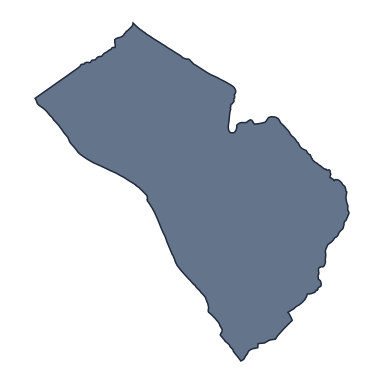 Mukomuko, Bengkulu, Indonesia
{"feature_id": "22746128B39825953538573", "entity_name": "Mukomuko", "entity_type": "district", "adm_level": 2, "iso_a3": "IDN", "parent_name": "Indonesia", "parent_adm1": "Bengkulu", "projection": "orthographic", "projection_center": [101.454, -2.731], "detail": "fine", "context": "isolated", "style": "filled", "palette": "slate", "viewbox_px": 384, "rotation_deg": 0, "n_neighbors": 0, "source": "geoboundaries", "source_scale": "gbopen_adm2", "svg_char_len": 5868}
<svg xmlns="http://www.w3.org/2000/svg" viewBox="0 0 384 384"><path d="M345.0,186.9L344.8,186.8L344.7,186.3L343.5,185.4L342.5,184.3L341.5,182.6L339.3,180.6L337.7,179.7L336.2,179.7L335.4,179.6L334.9,179.9L334.5,180.6L334.1,180.6L333.3,179.4L330.6,177.7L329.8,177.4L329.8,176.9L330.8,174.4L330.1,171.8L330.0,170.5L329.3,169.9L326.8,170.1L326.2,169.3L323.5,168.6L322.7,167.5L321.7,167.0L320.3,165.6L319.4,165.3L316.9,163.2L314.9,162.1L312.5,159.8L312.2,158.7L311.5,158.0L310.3,154.8L308.9,154.3L307.6,153.0L306.2,150.5L302.4,148.8L301.1,147.7L300.2,146.8L298.2,142.8L297.7,142.5L296.9,141.8L296.1,140.4L294.7,138.5L293.4,137.2L291.7,135.9L290.4,134.3L289.5,132.5L288.1,130.5L287.0,129.4L284.5,126.5L281.4,123.5L280.6,122.9L279.9,121.3L279.1,119.9L278.1,118.4L277.3,118.1L275.7,117.2L273.9,116.9L271.6,116.7L270.3,116.9L268.6,117.5L268.0,118.2L266.2,121.0L265.3,122.1L264.7,122.3L261.7,123.1L257.8,123.8L254.4,124.1L253.8,123.4L253.0,121.9L252.0,120.5L251.1,119.9L250.2,119.9L249.3,120.3L248.2,121.0L247.1,121.9L245.9,122.5L245.4,122.7L244.9,122.6L243.1,122.6L242.0,122.5L240.5,122.7L238.9,123.4L237.2,124.7L236.8,125.3L236.8,127.1L236.5,128.7L236.1,129.9L234.9,131.9L233.9,132.6L232.5,132.9L231.0,132.7L230.1,132.4L229.4,131.5L228.8,130.5L228.5,129.7L228.2,126.7L228.3,125.9L228.7,122.7L229.0,121.1L229.6,114.3L230.2,110.8L230.7,109.5L230.6,108.7L230.2,108.1L230.8,106.9L230.6,106.1L230.9,105.4L231.1,104.2L232.2,103.8L232.4,103.6L232.9,102.7L233.7,101.9L233.9,101.4L234.0,100.5L233.8,100.1L233.8,99.6L233.9,99.0L234.5,98.1L234.6,97.7L234.7,97.0L234.6,96.1L234.4,95.2L234.4,94.5L235.1,93.7L235.4,93.1L235.7,92.2L235.7,91.0L235.5,90.5L235.4,89.7L234.8,88.6L234.0,87.4L233.5,86.9L232.5,86.1L231.1,85.1L223.7,80.9L221.5,79.9L217.3,77.6L213.9,76.0L210.7,74.6L207.2,72.6L195.9,65.3L193.6,64.0L191.8,62.0L190.8,61.2L190.3,60.4L189.1,59.4L188.4,59.1L188.0,59.0L187.0,59.1L186.5,59.0L185.0,58.6L182.7,57.7L181.3,56.3L179.4,55.0L174.5,52.0L171.7,50.1L168.4,48.2L164.6,45.6L161.6,43.7L152.7,38.2L151.0,36.9L147.1,34.5L145.6,33.4L144.9,32.6L143.6,32.0L142.2,30.8L139.5,29.0L137.6,27.3L136.2,26.0L133.0,23.0L132.7,24.9L132.2,26.1L130.5,27.8L127.5,30.7L126.2,31.5L125.3,33.0L124.5,33.6L123.6,35.3L122.8,35.9L121.3,36.9L119.8,37.4L118.1,37.8L116.3,38.5L115.2,39.2L114.7,39.9L114.7,40.9L114.7,42.8L115.1,43.7L115.2,44.8L115.1,47.2L115.0,47.5L114.6,47.6L113.3,47.4L112.5,47.6L111.7,48.1L111.3,48.9L110.9,49.4L110.0,49.7L109.4,50.1L108.8,50.4L108.0,51.0L107.3,51.7L105.0,52.9L103.5,54.0L102.0,55.8L101.7,56.4L101.3,56.5L100.2,56.4L99.5,56.5L97.7,57.1L97.1,57.6L95.3,59.8L94.7,60.0L92.4,60.0L91.9,60.3L91.2,61.1L90.6,62.1L90.2,62.5L89.5,62.7L88.5,62.4L87.7,62.3L86.8,62.3L86.3,62.4L85.2,62.8L84.6,63.2L83.8,64.2L83.4,64.3L81.9,64.2L81.4,64.4L80.9,64.8L80.5,65.2L80.0,66.4L79.7,66.7L79.2,67.0L75.8,69.6L73.4,71.2L64.9,77.3L56.9,82.9L35.1,98.3L36.2,100.4L36.9,102.4L37.4,103.6L38.3,104.6L39.5,105.7L43.0,108.1L44.5,109.3L46.7,111.5L49.8,115.3L51.9,117.3L53.0,118.5L53.2,119.4L53.7,120.0L55.2,121.5L56.7,123.1L58.8,125.5L60.9,128.4L61.5,129.1L62.5,130.7L62.9,131.2L63.5,132.1L64.4,133.3L67.5,137.0L68.1,137.9L68.6,139.1L69.6,141.8L71.2,143.9L74.3,147.4L76.3,149.8L77.8,152.0L79.7,153.9L82.4,155.9L87.6,159.4L93.8,162.9L97.8,164.7L98.4,165.0L98.9,165.1L106.3,168.6L107.9,169.4L110.3,170.6L115.1,172.6L121.6,176.2L124.3,177.6L126.8,179.3L134.5,184.1L136.0,185.2L135.9,185.4L139.7,188.1L140.1,188.7L142.6,191.1L146.0,194.6L146.9,195.7L147.2,196.6L147.5,198.7L147.4,199.6L147.3,200.0L147.1,200.0L147.5,201.0L149.8,204.2L150.8,206.0L151.6,207.1L153.7,210.8L155.3,214.0L158.6,221.7L161.6,229.2L163.5,233.4L164.4,235.1L165.1,236.5L165.7,238.2L166.7,241.0L167.1,242.2L170.5,250.4L172.4,254.8L172.7,254.8L174.7,259.6L175.3,261.7L175.9,263.0L177.0,265.2L179.0,267.9L181.5,271.0L189.1,279.4L190.2,280.3L191.0,281.4L194.1,284.8L195.4,285.4L195.5,286.2L196.5,287.5L200.1,291.1L200.7,292.1L204.6,296.3L205.0,296.9L205.7,298.1L206.0,299.2L206.5,300.5L206.8,301.4L207.8,303.7L208.6,307.3L208.6,308.4L208.3,309.1L208.2,310.6L208.4,311.9L208.6,312.2L211.7,314.9L213.8,317.1L214.9,318.2L218.3,322.2L219.3,323.8L219.7,324.7L219.8,325.5L221.2,327.9L221.7,328.7L222.1,329.5L222.2,330.0L222.1,331.1L221.8,332.0L221.2,332.9L220.9,333.1L220.9,333.8L220.4,334.3L220.3,334.6L220.3,334.9L220.5,335.4L223.2,338.7L224.6,340.2L224.6,340.6L226.0,342.0L227.2,342.9L229.5,345.0L230.0,346.5L231.3,348.0L232.9,349.6L233.3,351.2L234.8,353.3L237.4,356.4L240.9,361.0L241.8,360.5L243.4,359.6L244.0,358.8L244.0,359.0L245.7,355.9L247.3,353.9L248.3,351.6L249.6,350.2L252.4,348.8L257.8,347.7L258.1,343.6L264.5,343.0L269.6,340.1L275.5,339.1L277.6,335.7L284.2,328.4L290.9,321.7L292.1,320.6L292.2,320.4L291.9,319.3L289.5,314.4L288.3,312.7L287.9,312.3L290.3,310.9L292.9,309.3L293.7,308.9L296.2,306.5L299.0,305.0L301.2,303.3L302.7,301.9L303.5,301.0L304.6,300.0L305.5,298.7L305.7,298.0L306.0,297.5L306.5,296.7L306.7,296.2L307.2,294.4L307.5,294.0L308.5,293.9L309.5,294.0L311.5,293.5L314.9,292.3L315.0,291.7L315.2,291.4L315.9,291.0L316.2,290.4L316.4,290.3L317.0,290.3L317.4,290.2L317.9,289.2L317.9,288.4L318.3,287.7L319.3,287.0L320.1,286.7L320.4,286.5L320.9,286.0L321.1,285.1L321.3,284.7L321.3,284.4L321.2,283.6L320.5,281.0L319.2,279.7L318.5,279.3L318.3,278.8L318.3,277.1L318.1,276.2L318.1,275.4L318.3,274.7L318.8,274.0L318.8,272.3L318.5,270.6L318.5,269.8L318.5,269.0L319.0,267.9L319.5,267.4L319.9,267.4L321.3,266.7L322.7,266.9L323.6,266.5L324.5,265.2L325.2,263.3L325.5,261.6L325.3,260.0L325.8,254.7L325.3,250.8L326.5,247.6L327.8,244.7L331.9,241.6L333.6,239.7L334.1,238.7L335.0,237.6L336.7,236.8L337.8,235.5L338.8,233.3L339.4,232.0L341.1,230.3L342.8,228.8L343.5,227.0L343.5,226.3L344.0,225.0L344.0,223.9L344.2,222.4L345.0,221.2L345.9,220.6L348.9,213.7L348.9,212.1L347.7,210.1L347.9,205.9L346.7,202.3L346.4,201.0L345.9,197.3L346.8,191.9L345.8,190.9L345.7,188.9L345.2,187.7L345.0,186.9Z" fill="#64748b" stroke="#1e293b" stroke-width="1.5"/></svg>